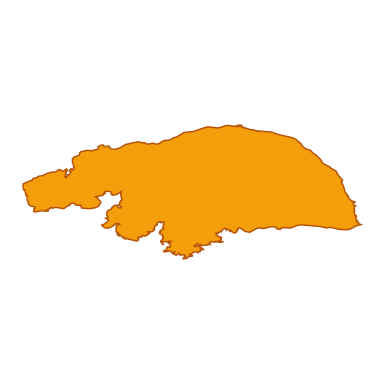 outline of Sula nor, Møre og Romsdal, Norway, rotated 180°
{"feature_id": "86288312B40497939679228", "entity_name": "Sula nor", "entity_type": "district", "adm_level": 2, "iso_a3": "NOR", "parent_name": "Norway", "parent_adm1": "Møre og Romsdal", "projection": "mercator", "projection_center": [6.236, 62.423], "detail": "fine", "context": "isolated", "style": "filled", "palette": "amber", "viewbox_px": 384, "rotation_deg": 180, "n_neighbors": 0, "source": "geoboundaries", "source_scale": "gbopen_adm2", "svg_char_len": 6095}
<svg xmlns="http://www.w3.org/2000/svg" viewBox="0 0 384 384"><g transform="rotate(180 192 192)"><path d="M201.6,125.2L197.4,125.5L196.6,126.3L196.7,126.8L194.3,127.6L190.9,128.1L194.5,129.3L194.3,129.9L192.1,130.2L190.6,131.8L188.0,132.4L186.0,131.3L185.7,132.3L183.9,132.4L183.9,133.2L182.9,133.9L183.7,134.4L183.6,134.8L181.3,134.2L180.8,134.5L182.2,135.2L181.3,135.3L183.7,137.1L187.2,138.1L188.5,137.4L189.7,138.3L188.0,139.2L187.4,140.3L186.1,140.4L185.1,138.7L183.3,138.6L183.1,139.3L182.2,138.6L179.1,138.6L178.2,139.1L176.2,138.9L176.2,139.5L175.4,140.1L173.9,139.6L174.8,140.8L173.4,141.6L173.3,142.2L170.4,142.0L170.4,141.3L170.2,142.1L167.8,142.1L167.8,142.6L165.4,141.7L161.6,141.9L161.2,142.2L164.9,143.1L163.2,143.8L163.1,144.6L162.8,144.6L162.8,145.6L163.3,145.6L162.5,146.7L166.3,147.7L166.4,148.3L167.8,149.3L167.7,149.8L168.2,150.6L166.7,151.2L166.1,150.6L165.6,150.9L166.4,151.3L165.2,151.2L164.6,152.1L163.2,152.6L162.7,152.2L161.8,154.0L159.5,155.7L158.7,155.5L157.8,154.0L157.4,155.1L154.6,153.8L153.7,154.0L153.1,153.3L153.8,152.7L151.7,152.2L149.8,150.9L147.4,152.0L146.9,153.4L146.4,153.6L146.1,154.5L146.6,154.9L146.3,155.3L144.6,156.2L143.2,155.7L139.2,152.7L134.3,151.7L125.8,156.2L119.9,155.5L113.2,157.3L109.8,157.2L106.6,155.9L107.1,155.1L104.7,155.0L104.0,154.4L103.4,154.7L103.0,155.7L100.9,156.4L93.5,156.0L86.0,158.8L82.3,159.1L64.4,157.6L57.4,156.1L53.0,156.6L45.2,154.7L37.6,154.2L33.8,154.9L28.1,158.1L23.0,159.4L25.1,160.3L25.7,162.0L27.1,162.0L27.6,162.7L27.0,163.3L27.1,164.0L27.9,164.4L28.0,166.8L27.7,167.4L27.7,168.2L28.4,168.0L29.1,169.3L30.0,173.0L29.5,173.3L29.9,176.7L28.3,178.1L30.2,178.7L31.0,181.6L29.0,181.6L29.1,182.1L32.7,183.2L35.7,186.4L36.0,188.7L37.2,189.1L38.0,191.1L38.9,191.7L40.2,196.8L41.6,200.1L42.0,200.3L42.1,201.4L42.8,202.1L41.5,203.3L41.8,204.7L42.6,204.8L43.9,206.9L45.3,207.8L45.6,209.1L46.7,210.2L48.1,213.1L53.1,215.8L54.4,217.2L60.5,220.2L61.5,221.0L62.9,223.8L66.9,228.1L70.8,230.8L74.1,234.1L77.4,234.8L80.4,236.7L82.3,238.6L82.9,240.1L88.4,244.8L90.8,246.1L105.3,249.4L112.9,252.0L125.8,253.0L125.2,252.6L125.5,252.5L126.8,253.2L127.0,252.7L129.9,254.0L133.8,254.4L140.1,256.5L139.7,256.1L140.3,256.1L141.2,257.0L141.5,256.6L142.9,257.9L142.5,258.8L145.2,258.8L143.3,257.6L146.4,258.7L144.8,257.7L148.2,257.8L147.9,257.5L157.1,258.6L165.9,256.0L175.6,257.1L178.0,256.8L190.3,252.6L200.0,251.5L207.4,247.0L210.3,246.3L213.8,244.2L216.9,243.5L218.3,243.9L221.5,242.8L225.1,240.3L228.1,239.8L230.8,240.8L236.6,239.8L239.5,241.3L242.5,241.2L244.5,242.1L249.0,241.7L258.4,239.5L263.7,236.3L267.8,234.9L270.2,234.8L273.2,235.0L273.9,236.4L275.1,236.7L275.1,237.9L279.9,237.4L280.5,238.8L282.3,239.1L285.9,237.4L285.5,236.2L286.3,234.7L290.5,233.9L291.1,233.3L297.6,233.6L303.0,232.2L304.4,231.3L304.4,230.1L305.2,228.5L309.9,227.1L311.6,224.9L311.5,221.2L310.5,219.0L310.4,217.8L309.8,217.3L310.2,216.6L309.9,216.5L310.0,215.2L311.2,214.0L311.9,214.1L312.0,215.2L312.4,215.3L313.9,214.4L314.5,213.0L313.9,213.1L313.0,212.0L314.2,210.2L315.9,208.5L316.2,208.7L316.0,208.3L317.5,207.5L317.6,206.3L318.6,206.5L319.1,207.4L318.9,208.5L318.1,209.6L318.4,211.1L317.7,211.5L317.2,213.5L315.9,214.1L317.9,214.0L317.5,215.6L318.3,214.1L318.5,214.5L320.5,212.8L324.9,214.5L328.8,211.9L332.1,211.9L337.2,210.5L340.7,208.5L345.5,207.7L348.4,205.8L350.8,205.7L351.3,204.2L360.7,200.2L361.0,198.4L360.5,194.2L359.3,194.3L357.9,188.3L356.7,188.4L356.9,187.8L356.8,183.6L356.1,183.0L355.4,179.5L353.2,177.9L348.9,177.1L349.0,176.2L349.6,175.5L349.3,175.5L349.5,174.6L350.3,173.6L350.3,172.7L349.0,172.0L343.5,173.1L339.9,173.2L338.8,172.6L335.2,173.2L336.2,173.5L336.0,174.0L336.8,174.4L334.1,175.2L334.2,175.7L332.7,176.6L331.5,175.7L328.4,176.7L320.3,175.3L316.0,178.3L313.8,179.0L313.9,180.3L311.5,181.0L309.0,180.1L308.4,179.0L303.1,178.6L303.3,178.2L302.8,177.5L302.6,176.2L301.8,175.9L294.6,175.3L289.2,176.1L285.4,177.8L283.2,181.6L283.6,182.7L285.6,184.6L286.4,186.1L288.5,187.3L280.9,188.8L280.3,189.9L279.3,190.4L280.2,190.5L280.0,191.3L278.9,191.4L278.9,192.5L277.5,192.9L272.9,192.1L272.3,190.9L272.9,190.2L271.7,188.8L267.2,189.6L262.7,192.7L262.6,192.4L263.2,190.8L262.9,189.8L263.2,189.4L263.3,188.4L262.6,187.5L262.5,185.2L262.1,185.2L262.0,183.9L263.4,183.2L264.3,181.5L264.2,180.1L265.6,179.1L262.4,177.2L262.6,176.6L263.4,175.9L265.5,176.3L267.0,178.6L269.2,178.7L272.0,176.7L272.4,175.4L273.4,174.5L276.2,173.4L277.2,171.5L277.4,169.0L276.1,166.8L278.3,165.7L275.5,164.2L275.8,163.0L280.0,159.7L282.2,159.1L282.1,158.7L279.4,156.2L275.7,155.8L271.6,157.5L268.3,160.5L265.2,160.4L264.7,159.8L265.8,160.0L266.3,158.7L267.8,158.7L267.5,156.6L268.4,155.2L267.8,155.6L267.9,152.4L267.4,151.7L266.1,151.5L264.0,149.0L264.4,148.7L266.5,150.1L266.9,149.5L264.7,148.0L263.6,148.7L260.8,146.2L260.4,146.8L259.5,146.2L259.8,145.9L258.6,144.9L257.7,145.4L247.4,143.0L245.6,144.0L246.1,145.2L245.6,146.5L244.8,146.1L244.1,147.2L242.1,147.1L241.9,147.5L242.1,148.2L240.9,148.5L238.6,147.9L234.8,150.3L234.3,151.3L236.1,151.6L236.3,152.2L232.2,152.3L230.9,153.0L229.8,154.0L230.1,154.6L229.5,154.7L229.4,155.5L229.9,155.8L229.8,156.7L228.1,158.3L227.9,159.4L226.1,159.0L227.6,159.6L226.9,160.3L226.8,161.3L224.1,161.9L224.0,162.4L222.4,161.8L222.5,161.3L220.7,162.2L220.0,161.4L220.7,158.1L221.3,156.9L220.9,155.6L220.5,155.5L221.1,154.6L221.6,154.8L224.1,153.0L223.6,151.9L224.6,151.1L224.5,150.4L221.6,149.1L221.5,147.6L220.7,147.6L220.9,146.2L221.3,145.7L220.9,145.2L223.1,143.2L223.2,141.8L222.9,141.6L222.5,142.6L221.6,142.2L221.6,139.8L220.1,139.2L221.3,140.2L221.3,142.0L220.5,142.6L217.6,142.0L214.9,142.9L212.8,142.7L213.1,142.1L215.2,142.0L215.7,141.2L215.5,140.5L214.5,140.9L214.1,140.5L213.7,139.3L214.2,137.7L213.8,137.6L213.9,136.9L217.0,137.0L217.2,135.1L217.9,134.7L217.3,133.5L218.5,133.0L219.8,133.6L219.9,133.0L219.5,132.7L220.0,132.5L219.2,132.1L213.9,133.0L211.9,131.1L209.4,132.3L209.4,131.0L210.6,130.1L207.8,128.8L205.8,130.1L205.5,130.8L204.6,131.0L203.9,128.8L200.4,129.4L199.2,128.9L198.7,127.9L199.0,127.3L199.7,127.5L199.9,126.1L201.6,125.2Z" fill="#f59e0b" stroke="#b45309" stroke-width="1.5"/></g></svg>